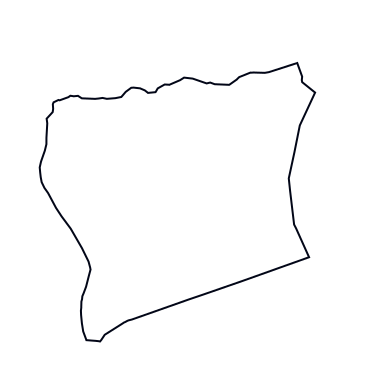 outline of Reifi Wad Elhilaiw, Gedarif, Sudan, rotated 76°
{"feature_id": "16777658B67194501280165", "entity_name": "Reifi Wad Elhilaiw", "entity_type": "district", "adm_level": 2, "iso_a3": "SDN", "parent_name": "Sudan", "parent_adm1": "Gedarif", "projection": "mercator", "projection_center": [36.021, 14.605], "detail": "fine", "context": "isolated", "style": "outline", "palette": "ink", "viewbox_px": 384, "rotation_deg": 76, "n_neighbors": 0, "source": "geoboundaries", "source_scale": "gbopen_adm2", "svg_char_len": 1744}
<svg xmlns="http://www.w3.org/2000/svg" viewBox="0 0 384 384"><g transform="rotate(76 192 192)"><path d="M310.2,330.3L313.2,321.3L314.2,318.6L314.8,317.4L313.7,315.9L309.4,311.2L302.7,290.9L302.2,289.6L302.0,288.2L301.4,286.0L301.2,284.6L301.2,281.2L295.5,221.2L294.2,205.5L290.5,164.3L283.6,94.2L252.5,99.8L248.3,100.8L214.3,96.5L202.2,94.8L178.0,82.9L153.5,71.3L125.3,48.5L112.1,58.5L110.0,58.4L106.7,57.2L92.3,58.7L94.3,88.4L94.0,92.5L91.5,101.5L90.9,103.5L90.9,103.8L90.4,106.4L90.3,106.5L91.9,118.2L91.9,118.3L93.3,120.8L93.6,121.1L96.9,129.6L97.0,129.9L97.0,130.0L92.9,143.9L92.7,144.2L90.2,147.9L90.2,148.0L90.2,151.5L82.2,163.8L82.1,164.0L79.1,172.0L80.6,176.5L80.7,176.9L80.7,177.1L82.4,187.5L82.5,188.1L82.4,188.2L81.1,192.4L81.1,192.6L83.1,199.9L83.2,200.2L86.2,203.1L86.3,203.3L85.2,210.7L82.1,213.1L81.9,213.3L79.1,217.0L78.9,217.2L76.7,223.1L76.6,223.3L76.2,225.6L76.2,225.8L78.8,232.1L81.1,235.3L82.7,237.6L82.4,243.7L81.0,252.1L79.1,256.0L78.7,260.0L78.2,263.4L78.2,263.6L78.1,263.8L74.5,276.1L74.4,276.3L71.1,279.4L71.1,279.6L70.5,283.7L70.4,283.8L69.2,286.7L69.2,286.8L70.0,288.8L70.1,289.1L70.1,289.3L71.0,298.1L71.0,298.3L70.4,299.3L71.5,304.6L73.2,305.8L77.7,306.6L80.7,307.8L80.8,307.9L85.5,315.0L85.7,315.3L90.3,315.8L104.1,320.1L110.4,321.7L116.3,324.8L125.3,330.7L126.3,331.3L131.3,333.8L136.4,334.6L141.1,335.2L146.1,335.5L152.3,334.2L158.2,331.9L174.5,327.8L184.2,324.4L197.9,318.7L198.1,318.6L220.4,312.2L220.6,312.2L234.5,309.2L240.2,309.1L240.9,309.1L242.2,309.2L242.7,309.2L248.1,312.2L258.3,317.7L264.1,321.7L266.6,323.6L269.1,324.5L269.4,324.6L271.5,325.8L276.9,327.3L277.4,327.4L280.3,328.5L284.7,329.4L292.8,330.6L301.0,331.3L310.0,330.3L310.2,330.3Z" fill="none" stroke="#020617" stroke-width="2"/></g></svg>